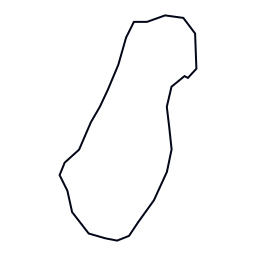 outline of Lysekil, Västra Götaland, Sweden
{"feature_id": "70781695B61994796728943", "entity_name": "Lysekil", "entity_type": "district", "adm_level": 2, "iso_a3": "SWE", "parent_name": "Sweden", "parent_adm1": "Västra Götaland", "projection": "orthographic", "projection_center": [11.489, 58.387], "detail": "fine", "context": "isolated", "style": "outline", "palette": "ink", "viewbox_px": 256, "rotation_deg": 0, "n_neighbors": 0, "source": "geoboundaries", "source_scale": "gbopen_adm2", "svg_char_len": 467}
<svg xmlns="http://www.w3.org/2000/svg" viewBox="0 0 256 256"><path d="M59.6,175.1L67.4,190.8L72.1,212.1L88.7,233.5L105.3,238.3L117.1,240.6L129.0,235.9L138.5,221.7L153.9,200.3L166.9,171.9L171.6,149.4L169.2,126.9L166.8,106.8L171.5,86.7L184.5,76.1L187.9,77.9L196.4,68.7L195.1,33.5L183.3,17.9L165.1,15.4L146.9,21.9L133.9,21.9L126.1,37.5L118.3,64.8L107.9,89.6L100.0,106.5L90.9,122.2L79.1,149.6L64.7,162.6L59.6,175.1Z" fill="none" stroke="#020617" stroke-width="2"/></svg>